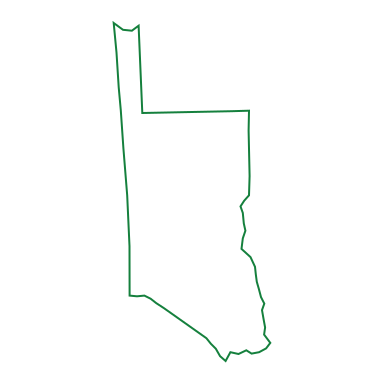 Planalto Alegre, Santa Catarina, Brazil (Robinson projection)
{"feature_id": "56859067B50692822496995", "entity_name": "Planalto Alegre", "entity_type": "district", "adm_level": 2, "iso_a3": "BRA", "parent_name": "Brazil", "parent_adm1": "Santa Catarina", "projection": "robinson", "projection_center": [-52.861, -27.043], "detail": "fine", "context": "isolated", "style": "outline", "palette": "green", "viewbox_px": 384, "rotation_deg": 0, "n_neighbors": 0, "source": "geoboundaries", "source_scale": "gbopen_adm2", "svg_char_len": 769}
<svg xmlns="http://www.w3.org/2000/svg" viewBox="0 0 384 384"><path d="M129.6,295.6L137.0,296.3L144.4,295.6L150.6,298.7L156.2,303.1L164.0,308.2L206.4,338.2L210.9,343.8L215.8,348.7L220.1,356.2L225.6,361.0L230.4,352.2L238.5,354.0L246.3,350.3L251.6,353.6L259.1,352.2L266.1,348.4L270.3,342.9L264.1,334.6L265.1,327.5L263.5,318.7L262.0,310.1L264.3,303.6L261.0,297.1L258.9,289.1L256.8,281.8L255.8,274.3L255.0,266.8L250.5,257.1L241.5,248.9L242.8,238.4L245.4,230.7L243.8,223.4L242.8,212.9L240.5,206.4L244.2,200.7L249.0,195.3L249.6,176.1L248.6,130.6L249.0,110.7L231.8,111.2L142.3,113.0L138.6,25.7L131.9,30.7L123.0,29.8L113.7,23.0L116.5,52.6L118.7,87.2L120.8,110.4L123.4,148.3L124.9,166.9L127.2,195.5L129.5,246.2L129.6,295.6Z" fill="none" stroke="#15803d" stroke-width="2"/></svg>